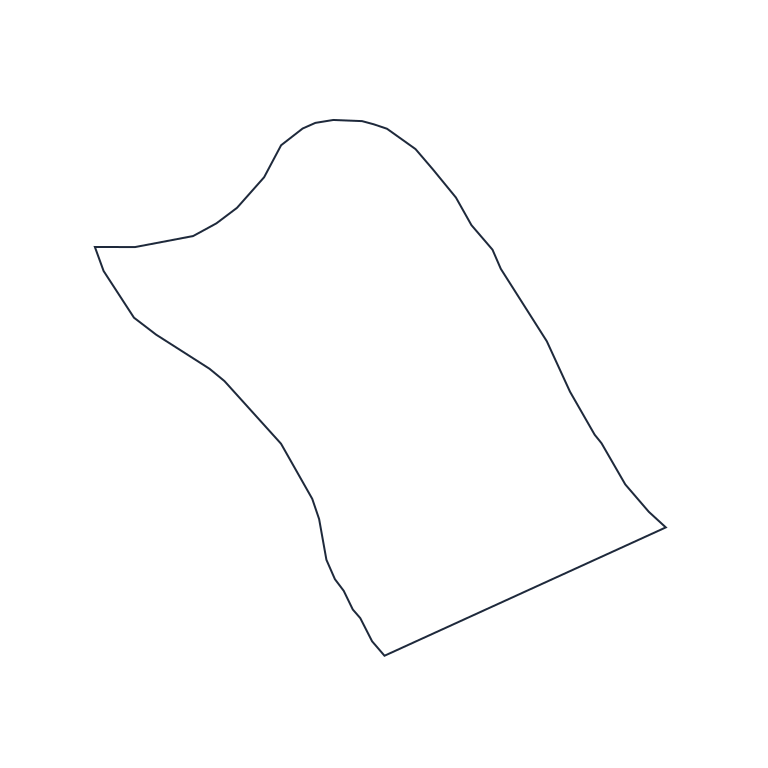 the district of Santiago Chimaltenango, Huehuetenango, Guatemala, rotated 139°
{"feature_id": "79465075B81878845839698", "entity_name": "Santiago Chimaltenango", "entity_type": "district", "adm_level": 2, "iso_a3": "GTM", "parent_name": "Guatemala", "parent_adm1": "Huehuetenango", "projection": "equal_earth", "projection_center": [-91.685, 15.508], "detail": "fine", "context": "isolated", "style": "outline", "palette": "slate", "viewbox_px": 768, "rotation_deg": 139, "n_neighbors": 0, "source": "geoboundaries", "source_scale": "gbopen_adm2", "svg_char_len": 669}
<svg xmlns="http://www.w3.org/2000/svg" viewBox="0 0 768 768"><g transform="rotate(139 384 384)"><path d="M512.3,677.1L521.5,653.2L529.2,598.1L523.6,570.7L505.7,510.0L502.5,490.9L500.9,406.5L513.5,344.4L521.6,324.6L542.8,289.1L549.1,268.9L550.1,254.3L555.5,234.3L555.5,222.9L561.8,197.6L561.9,178.6L265.4,90.9L268.0,113.8L267.8,149.9L258.7,196.6L258.3,207.5L248.7,256.1L233.1,309.4L220.3,394.3L214.0,414.2L213.8,446.5L207.4,477.5L206.3,514.0L206.1,540.6L214.3,574.7L221.4,586.8L228.1,596.8L249.0,616.5L264.5,626.1L277.8,630.2L305.0,631.7L338.8,618.7L379.3,613.4L405.1,615.2L431.0,620.9L482.1,650.7L512.3,677.1Z" fill="none" stroke="#1e293b" stroke-width="2"/></g></svg>